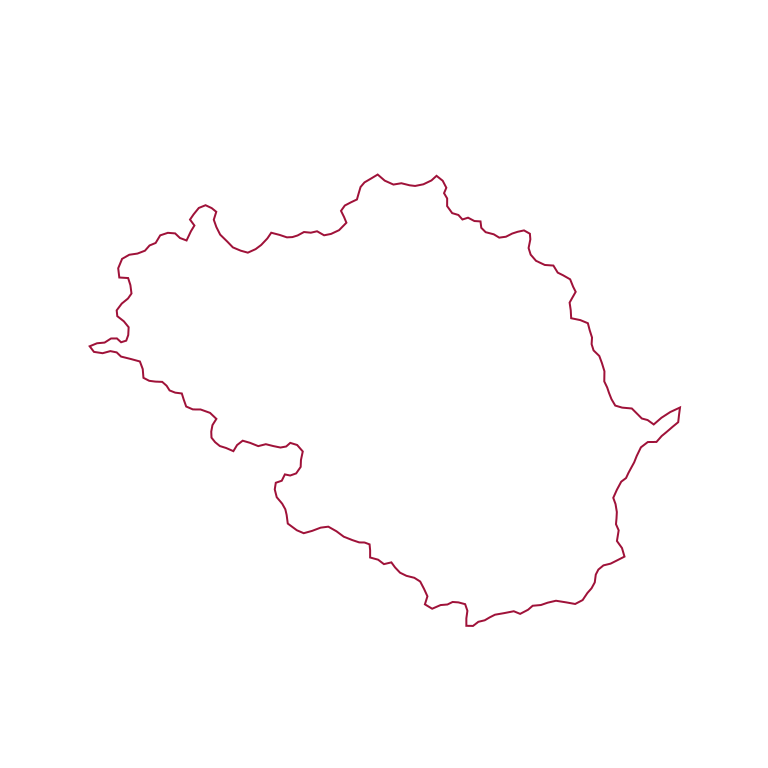 Entre Rios de Minas, Minas Gerais, Brazil, rotated 14°
{"feature_id": "56859067B35453234944232", "entity_name": "Entre Rios de Minas", "entity_type": "district", "adm_level": 2, "iso_a3": "BRA", "parent_name": "Brazil", "parent_adm1": "Minas Gerais", "projection": "orthographic", "projection_center": [-44.105, -20.704], "detail": "fine", "context": "isolated", "style": "outline", "palette": "rose", "viewbox_px": 768, "rotation_deg": 14, "n_neighbors": 0, "source": "geoboundaries", "source_scale": "gbopen_adm2", "svg_char_len": 3412}
<svg xmlns="http://www.w3.org/2000/svg" viewBox="0 0 768 768"><g transform="rotate(14 384 384)"><path d="M659.1,493.3L654.6,485.6L648.0,480.0L647.1,469.2L643.0,463.9L642.1,458.1L640.9,451.9L637.7,444.5L634.0,439.0L635.5,430.5L637.8,421.4L641.6,416.7L642.7,411.1L644.2,405.2L645.7,399.5L646.6,392.8L648.6,383.3L654.0,376.5L662.4,374.3L666.0,367.3L669.7,362.3L674.3,355.8L678.7,349.9L677.7,342.3L676.9,335.2L668.6,341.9L661.4,349.6L655.5,358.0L648.5,355.2L642.5,355.1L637.4,352.0L630.4,347.8L620.8,349.3L613.6,349.0L608.4,343.7L604.4,338.1L601.4,333.4L597.1,328.2L594.8,318.3L590.4,311.0L586.1,304.7L579.2,300.7L575.8,295.1L574.6,288.6L570.6,282.1L567.1,275.7L559.0,274.5L549.7,274.9L547.4,267.4L544.4,260.1L545.9,254.6L547.7,248.2L544.0,243.9L539.3,237.4L531.5,235.2L525.6,233.9L519.7,228.1L511.2,229.6L501.7,227.7L495.0,223.0L491.4,217.1L491.0,208.2L489.2,202.9L482.7,201.1L476.8,204.0L472.0,207.0L466.7,211.6L460.4,214.1L454.3,212.2L445.9,212.1L440.6,208.9L438.3,202.9L432.3,204.0L425.3,202.3L420.3,205.4L415.3,202.0L408.8,201.7L402.2,196.1L400.4,188.7L396.1,184.3L397.0,178.5L391.8,172.6L384.6,169.3L380.8,175.0L373.9,180.7L366.3,184.3L360.8,185.0L352.3,185.0L344.9,188.2L335.5,186.5L327.2,182.3L321.4,188.1L316.3,193.1L313.6,198.5L313.3,205.4L313.1,211.5L308.1,215.6L302.8,220.3L300.4,226.4L304.9,231.7L308.5,236.6L303.2,245.6L296.3,251.2L289.9,254.2L282.1,252.0L276.4,254.9L269.6,255.9L264.2,260.8L259.6,263.6L254.3,265.2L246.7,264.6L238.0,264.5L235.6,271.0L231.2,278.8L226.8,284.2L220.1,289.5L212.7,289.3L204.3,288.0L197.6,283.8L188.9,278.7L183.4,272.3L179.1,265.8L179.6,257.5L174.2,255.0L167.6,253.7L161.7,258.0L158.2,265.5L156.0,271.4L161.7,276.1L159.7,282.5L157.7,292.5L150.7,291.7L144.9,288.4L137.7,289.6L130.9,293.9L128.3,302.4L123.0,306.3L119.8,312.5L113.2,317.1L105.6,320.2L99.6,325.9L98.1,336.0L101.4,344.7L110.1,343.1L114.0,349.4L117.1,357.3L114.9,363.0L110.1,369.4L106.8,377.2L108.8,382.7L116.4,386.1L122.5,390.7L124.0,398.4L123.4,404.3L118.8,407.1L113.8,404.4L108.1,405.9L102.9,411.4L95.7,413.9L89.3,418.6L94.8,423.0L103.5,422.2L110.5,418.3L117.0,418.0L122.2,421.0L132.3,421.0L141.7,421.2L146.3,427.9L149.1,436.2L155.4,437.7L161.5,437.0L168.3,435.6L173.5,438.3L177.5,442.1L183.5,442.9L190.1,442.1L193.4,447.5L197.5,453.7L204.7,454.9L212.2,453.1L222.2,454.1L229.8,458.4L227.5,465.4L227.9,472.0L229.6,477.8L234.2,481.3L239.7,483.9L246.3,484.3L254.1,485.6L256.2,478.8L260.6,473.2L268.3,473.5L277.0,474.7L283.9,471.0L291.6,471.0L298.9,470.7L304.2,468.3L307.3,463.8L314.5,464.2L321.5,469.1L321.8,477.8L323.2,484.6L320.4,492.0L315.1,495.5L309.7,495.7L308.2,502.6L302.9,506.0L303.5,512.7L307.3,519.8L314.2,524.8L318.6,529.5L321.2,534.6L324.4,542.7L334.8,547.0L342.2,548.2L349.8,543.9L357.3,538.7L364.5,535.9L373.5,538.4L381.9,541.9L390.9,543.1L398.3,543.7L403.5,542.5L408.8,543.1L410.8,548.8L412.5,555.7L420.8,555.9L427.5,558.8L434.3,555.3L439.1,559.3L445.2,563.2L452.2,564.7L460.3,564.7L466.9,566.9L472.4,573.1L477.5,579.5L477.0,587.9L485.1,590.4L492.4,584.8L498.9,582.6L503.3,578.9L509.0,577.9L516.0,578.0L519.8,583.9L520.6,591.5L522.4,598.7L528.9,597.2L533.1,591.9L538.9,588.9L543.1,584.8L547.5,581.0L555.9,577.3L564.9,573.1L571.7,574.1L578.4,568.2L581.9,563.2L589.7,560.5L595.7,556.6L603.3,552.7L613.7,551.8L622.7,551.2L629.0,545.6L631.9,537.6L634.8,532.0L636.5,525.5L635.6,517.7L636.9,512.2L640.8,506.9L647.3,503.5L653.0,498.6L659.1,493.3Z" fill="none" stroke="#9f1239" stroke-width="2"/></g></svg>